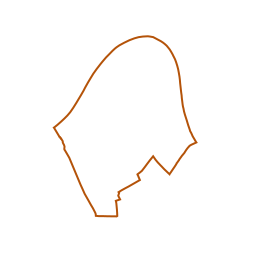 the district of Bang Kho Laem, Bangkok Metropolis, Thailand, rotated 112°
{"feature_id": "78962969B71944934513319", "entity_name": "Bang Kho Laem", "entity_type": "district", "adm_level": 2, "iso_a3": "THA", "parent_name": "Thailand", "parent_adm1": "Bangkok Metropolis", "projection": "mercator", "projection_center": [100.512, 13.698], "detail": "fine", "context": "isolated", "style": "outline", "palette": "amber", "viewbox_px": 256, "rotation_deg": 112, "n_neighbors": 0, "source": "geoboundaries", "source_scale": "gbopen_adm2", "svg_char_len": 2462}
<svg xmlns="http://www.w3.org/2000/svg" viewBox="0 0 256 256"><g transform="rotate(112 128 128)"><path d="M213.6,105.0L210.9,106.2L207.6,107.8L205.1,109.1L202.2,110.6L201.1,111.3L200.1,112.0L197.2,108.6L194.7,111.4L194.4,111.7L194.2,111.7L191.5,111.9L191.0,112.7L188.0,110.5L184.7,107.8L182.1,105.6L178.8,103.0L175.5,100.4L171.8,97.5L169.1,100.2L168.9,100.3L167.5,101.9L167.4,101.9L165.5,100.7L162.6,99.1L158.0,97.8L154.5,96.9L149.7,95.6L144.8,94.1L146.3,91.8L147.1,90.6L148.5,88.0L149.0,87.0L149.3,86.3L150.5,83.7L151.0,82.5L151.7,81.0L152.7,78.8L153.4,77.0L154.6,74.0L154.9,73.2L155.3,72.2L155.1,72.2L153.1,71.7L150.2,71.1L146.1,70.2L143.5,69.7L143.3,69.7L142.5,69.7L142.4,69.6L140.7,69.2L139.0,68.8L138.8,68.7L138.3,68.7L137.7,68.6L134.9,67.9L133.6,67.6L131.8,67.0L129.9,66.4L129.5,66.3L129.1,66.3L128.1,66.1L127.0,65.9L126.1,65.7L123.9,65.1L123.3,64.9L122.9,64.7L121.6,64.3L121.5,64.2L120.8,63.8L120.2,63.3L119.8,63.0L115.8,59.2L115.6,59.5L114.1,61.5L113.9,61.7L112.7,63.3L111.3,65.1L110.1,66.3L108.8,67.7L107.6,69.2L106.2,70.3L104.6,71.7L103.0,73.1L100.9,74.8L99.0,76.3L96.5,78.4L94.2,80.3L91.6,82.3L89.1,83.9L87.5,85.1L85.5,86.3L82.6,87.9L80.1,89.3L77.7,90.5L75.3,91.9L73.1,93.1L66.8,96.5L64.0,97.9L61.1,99.5L57.7,101.6L54.6,103.6L51.8,105.7L48.9,108.1L46.7,110.1L44.4,112.7L44.2,113.0L43.3,113.9L41.3,116.4L39.6,118.7L38.4,120.8L37.2,123.0L36.3,125.5L35.7,127.6L35.2,130.1L34.9,133.0L34.3,138.7L35.0,142.0L35.5,143.9L37.6,148.4L39.8,152.2L42.5,155.7L46.0,159.5L50.4,163.5L54.5,166.9L57.5,168.9L59.3,169.9L62.3,171.3L66.5,173.0L70.8,174.8L75.9,176.5L78.8,177.4L80.2,177.8L85.2,179.2L90.6,180.5L95.4,181.3L100.5,182.1L105.1,182.7L106.7,182.9L110.1,183.2L115.1,183.9L119.5,184.6L124.0,185.3L129.6,186.3L132.8,187.0L134.1,187.3L135.0,187.5L139.2,188.9L143.0,190.5L146.9,192.3L151.5,194.6L155.3,196.7L155.4,196.8L156.9,194.8L159.3,191.6L161.2,189.1L161.9,188.3L161.8,187.8L162.0,187.5L162.2,187.4L162.6,187.0L162.6,186.7L162.9,186.4L162.7,186.2L163.8,184.8L164.5,183.8L165.0,183.4L165.6,183.2L166.0,182.9L166.4,182.5L166.6,182.3L167.0,181.8L167.2,181.6L167.4,181.3L167.7,181.0L168.0,180.7L169.0,179.9L170.0,179.6L170.8,179.4L171.8,178.9L172.4,178.0L175.4,174.1L177.6,171.3L198.2,150.9L201.9,147.0L205.2,143.6L210.5,136.9L213.1,133.7L215.6,130.4L218.7,126.8L219.3,126.2L219.8,125.8L220.5,125.4L221.5,124.9L220.6,121.9L220.2,121.0L218.8,117.4L217.5,113.9L214.5,106.2L214.2,105.4L213.9,105.2L213.6,105.0Z" fill="none" stroke="#b45309" stroke-width="2"/></g></svg>